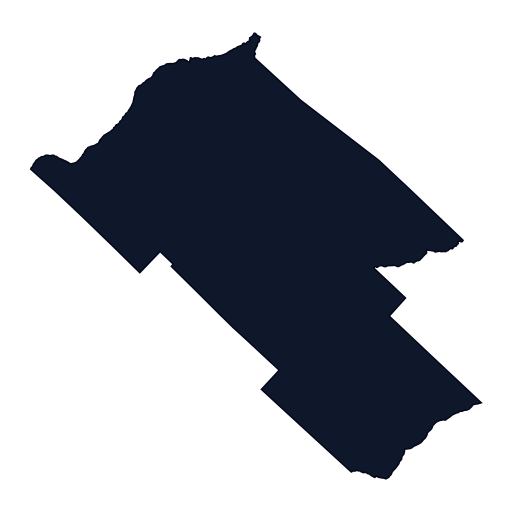 the district of Marcos Paz, Buenos Aires, Argentina
{"feature_id": "61730980B37548441938699", "entity_name": "Marcos Paz", "entity_type": "district", "adm_level": 2, "iso_a3": "ARG", "parent_name": "Argentina", "parent_adm1": "Buenos Aires", "projection": "mercator", "projection_center": [-58.848, -34.821], "detail": "fine", "context": "isolated", "style": "filled", "palette": "ink", "viewbox_px": 512, "rotation_deg": 0, "n_neighbors": 0, "source": "geoboundaries", "source_scale": "gbopen_adm2", "svg_char_len": 5913}
<svg xmlns="http://www.w3.org/2000/svg" viewBox="0 0 512 512"><path d="M406.0,185.8L399.3,179.6L378.9,160.4L300.6,100.2L254.6,58.0L254.6,57.2L254.2,55.2L254.7,55.0L255.4,54.0L254.6,52.3L254.5,51.3L254.9,50.2L254.7,49.9L254.9,49.6L255.3,49.6L255.5,49.3L255.4,49.0L255.9,48.4L256.5,46.9L257.0,46.3L257.5,44.4L257.4,43.5L257.8,42.7L258.1,42.4L258.6,42.5L258.8,42.1L258.7,41.8L259.3,41.4L259.7,40.3L259.4,39.0L259.0,38.3L259.2,38.1L259.8,38.0L260.4,37.1L258.0,35.8L257.0,35.3L255.7,33.6L254.7,33.2L254.2,33.2L253.3,34.7L252.6,35.9L251.2,37.0L249.9,37.7L249.7,37.9L249.5,39.6L249.7,40.8L249.4,41.2L248.6,41.3L247.3,42.0L245.5,44.0L245.2,44.0L245.0,43.7L244.5,43.3L243.7,43.2L243.1,43.4L242.5,44.1L242.2,44.9L242.0,45.2L240.3,45.9L237.7,46.7L235.8,48.2L233.7,48.8L233.4,49.1L232.3,49.9L229.9,51.0L226.2,53.6L221.6,55.4L220.6,55.7L218.4,55.9L217.3,56.3L216.5,56.3L214.6,55.8L214.0,56.4L211.3,57.7L210.7,57.8L208.2,57.1L207.1,57.6L206.8,58.0L206.8,58.5L206.5,58.8L205.7,59.0L205.4,59.0L204.4,58.6L203.8,58.7L203.0,59.1L202.4,59.3L201.4,59.2L201.0,59.1L198.2,57.9L196.7,58.0L195.1,57.7L193.5,58.3L192.0,58.6L191.4,58.0L190.9,57.7L190.3,58.0L190.2,59.6L189.7,61.0L189.6,61.8L189.4,62.1L188.9,62.3L188.6,62.2L187.4,61.1L186.6,60.6L184.6,59.6L183.3,59.4L182.7,59.3L181.8,59.7L179.3,59.6L178.9,59.8L176.7,62.2L175.9,62.9L174.8,63.1L173.5,63.6L169.9,63.6L167.0,63.9L166.4,64.0L164.4,65.6L162.0,66.2L159.6,67.1L159.4,67.3L158.8,68.4L157.7,69.1L156.4,70.2L155.3,71.9L154.0,72.7L153.9,73.2L153.4,73.9L153.0,75.3L152.6,76.1L152.1,76.6L151.8,77.0L150.9,78.0L148.5,78.9L146.6,80.2L145.3,81.5L145.3,81.9L145.1,82.1L144.4,82.4L142.7,83.4L142.5,83.9L141.7,84.5L141.4,85.0L141.1,85.2L139.4,85.6L138.9,85.9L137.1,87.9L136.6,89.0L136.0,90.4L135.0,91.9L134.9,92.3L135.1,92.8L135.1,93.5L134.8,94.5L134.8,95.4L134.1,96.9L133.7,99.6L133.4,100.5L133.2,102.0L131.5,105.9L130.2,108.1L129.9,108.8L128.9,109.9L127.9,112.0L127.5,112.5L126.5,113.1L125.8,113.7L125.5,114.2L124.8,115.8L122.9,117.0L122.3,118.9L122.0,119.6L121.1,120.7L120.3,121.1L119.8,121.7L119.8,122.3L119.5,122.8L118.2,124.1L117.4,124.4L116.8,124.6L115.8,125.3L115.0,127.1L113.8,127.6L113.8,128.2L113.1,129.3L112.0,130.1L110.7,131.3L108.8,132.6L108.3,132.7L107.4,133.5L106.3,133.9L105.9,134.4L103.9,135.4L103.5,136.1L102.5,137.0L102.0,137.8L101.1,138.8L100.1,139.8L99.1,141.8L98.9,142.5L98.2,143.4L96.3,144.3L94.9,145.2L93.6,145.7L91.4,146.2L88.3,147.4L87.7,147.7L86.9,148.9L85.9,149.7L85.4,150.4L84.9,151.2L83.9,153.6L83.4,154.1L82.8,154.5L82.1,156.1L81.4,157.1L80.2,158.3L79.5,159.3L76.4,162.3L74.5,163.0L71.2,163.8L70.5,163.7L69.6,163.4L68.2,162.4L65.6,161.0L64.8,160.8L63.4,160.0L62.5,159.8L62.1,159.4L59.1,158.3L58.1,157.7L57.5,157.1L56.6,156.7L56.1,156.3L54.7,156.3L54.0,155.3L51.6,155.3L51.1,155.6L50.3,155.8L48.1,155.3L46.4,155.1L44.4,155.9L43.7,156.5L43.3,156.7L41.8,156.7L41.1,156.9L40.0,157.8L39.1,158.0L38.7,158.3L38.4,158.5L38.2,159.0L36.5,160.0L36.0,160.6L34.6,162.9L33.6,163.9L33.3,164.7L33.0,165.2L32.9,165.9L32.6,166.6L31.8,167.2L31.3,167.7L30.7,169.2L54.3,190.2L80.6,215.0L114.1,247.4L139.8,272.7L160.1,251.5L173.2,264.1L171.3,266.4L199.8,294.5L219.3,314.0L233.4,327.8L246.4,339.7L279.2,370.2L261.4,389.4L351.3,472.0L352.1,471.6L353.0,470.8L354.3,471.1L355.0,471.0L357.4,470.3L358.3,470.9L359.9,470.9L360.5,471.1L360.9,471.7L362.2,472.1L363.0,472.6L363.5,472.7L364.1,472.6L364.6,472.3L365.1,472.3L366.8,472.9L367.8,473.7L369.6,474.0L370.1,474.3L370.3,474.9L371.5,475.7L372.9,476.4L374.2,477.3L374.8,477.4L375.1,477.2L375.7,476.4L376.1,476.3L377.4,476.6L378.4,477.3L380.2,477.5L380.7,477.8L382.2,477.9L384.6,478.3L385.5,478.8L386.0,478.8L388.0,477.7L388.2,477.4L388.7,477.3L389.1,477.0L389.6,475.9L390.9,474.8L391.3,474.1L392.3,471.7L393.9,469.8L394.4,469.6L394.8,469.1L395.0,468.6L395.7,468.0L396.9,466.5L397.6,465.2L397.9,465.1L398.6,464.1L398.9,463.6L399.3,461.9L399.7,461.4L400.1,461.1L400.2,460.7L401.1,460.0L401.5,459.2L401.7,458.6L401.9,456.7L402.6,455.6L403.8,454.2L404.5,451.7L404.5,450.0L404.8,449.2L410.0,448.5L411.4,448.0L412.2,447.6L413.5,446.4L418.6,444.0L420.9,442.6L422.7,440.7L423.5,439.5L424.4,438.9L425.2,438.0L426.1,436.7L426.6,435.5L427.1,434.7L427.0,434.0L427.5,432.8L428.5,431.7L429.2,431.0L430.0,430.5L430.8,429.5L431.5,428.9L432.5,426.6L432.7,425.9L433.1,425.2L434.4,424.0L435.9,422.4L437.6,421.4L439.7,420.5L443.6,419.8L445.1,420.1L446.1,419.7L447.1,418.8L450.3,416.6L451.8,415.3L453.0,414.5L453.7,414.3L455.6,413.3L457.0,412.7L458.1,412.7L458.8,412.0L459.8,411.4L462.1,411.2L464.7,410.2L466.2,410.2L467.2,409.9L469.0,409.2L471.4,406.9L473.3,404.5L474.8,404.3L476.3,404.0L477.6,403.9L481.3,402.8L432.6,357.1L389.2,316.1L405.5,298.0L373.9,268.2L374.1,267.9L374.6,266.9L375.1,266.4L375.5,266.4L375.9,266.8L376.6,267.3L377.3,267.2L377.8,267.0L378.6,266.3L379.3,265.9L380.6,265.7L381.9,265.6L382.6,265.8L383.4,266.3L384.2,266.6L385.0,266.7L386.4,266.4L387.0,266.0L388.0,265.7L388.7,265.6L390.1,265.7L391.3,265.5L392.9,265.5L394.3,265.3L396.0,265.8L397.2,266.4L398.2,266.6L398.8,266.4L401.1,265.1L403.6,264.1L405.3,263.1L406.3,262.4L407.4,262.1L408.5,262.3L410.0,262.0L410.9,261.9L411.5,261.9L413.8,263.0L414.6,262.2L416.4,261.1L416.9,260.8L417.9,260.8L418.7,260.6L419.9,260.0L420.4,259.5L420.6,259.0L420.9,258.6L421.7,258.2L422.6,257.0L424.4,255.1L426.5,253.2L426.6,252.6L426.4,251.7L426.6,250.5L426.8,250.2L427.1,250.1L428.3,250.1L429.7,250.4L430.9,250.5L432.0,250.8L433.2,250.9L434.0,251.1L435.1,252.0L435.4,252.0L435.8,252.0L436.9,251.6L437.8,251.6L439.1,251.2L439.8,251.2L441.1,251.7L442.6,251.5L443.4,251.6L444.2,251.4L445.6,251.7L446.1,251.5L446.5,251.1L448.2,250.4L449.2,249.3L450.1,248.6L451.5,248.6L452.3,248.8L452.8,248.6L453.0,248.1L453.0,247.6L454.9,246.3L456.0,246.1L456.4,245.9L456.8,244.9L457.1,244.6L457.8,244.1L458.1,243.6L458.3,243.3L458.0,242.9L458.0,242.6L458.3,241.6L458.6,241.4L459.3,241.1L460.6,241.5L461.0,241.8L461.9,241.8L462.2,241.7L463.1,240.3L406.0,185.8Z" fill="#0f172a" stroke="#020617" stroke-width="1.5"/></svg>